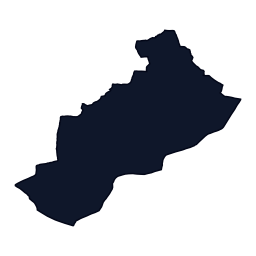 Singida, Singida, United Republic of Tanzania (Equal Earth projection), rotated 90°
{"feature_id": "72390352B6504298719524", "entity_name": "Singida", "entity_type": "district", "adm_level": 2, "iso_a3": "TZA", "parent_name": "United Republic of Tanzania", "parent_adm1": "Singida", "projection": "equal_earth", "projection_center": [34.874, -4.722], "detail": "fine", "context": "isolated", "style": "filled", "palette": "ink", "viewbox_px": 256, "rotation_deg": 90, "n_neighbors": 0, "source": "geoboundaries", "source_scale": "gbopen_adm2", "svg_char_len": 5565}
<svg xmlns="http://www.w3.org/2000/svg" viewBox="0 0 256 256"><g transform="rotate(90 128 128)"><path d="M225.7,182.9L225.3,182.4L223.6,181.7L222.1,180.6L220.9,180.1L219.7,177.7L218.7,176.0L217.7,173.8L216.7,171.3L215.7,168.9L214.6,166.6L213.6,164.3L212.5,161.1L210.6,157.0L206.8,154.5L205.2,153.9L202.3,152.9L200.0,151.3L198.7,150.1L197.2,149.1L193.6,146.5L191.1,145.1L189.1,143.9L187.3,143.4L185.2,143.5L183.4,143.6L181.7,142.5L180.2,142.0L178.3,140.8L177.3,139.7L176.3,138.4L175.8,137.0L175.4,135.5L174.9,134.0L174.0,130.7L173.9,129.5L173.7,127.9L173.6,126.2L173.5,123.0L173.8,120.9L174.0,118.8L174.3,113.1L174.3,111.4L173.4,108.0L172.7,104.7L171.3,101.0L170.6,98.3L170.1,96.6L169.9,95.6L169.6,94.7L167.3,94.3L165.1,93.7L163.4,93.8L162.6,93.6L159.7,93.1L157.0,91.7L155.2,90.3L154.4,88.5L153.6,86.0L152.4,82.4L151.7,80.2L149.8,73.3L148.5,69.9L147.3,65.7L146.2,63.2L145.7,61.8L145.2,61.4L144.4,59.6L141.8,57.0L139.4,54.4L136.2,51.0L134.5,48.8L133.7,47.4L133.3,45.9L132.0,42.7L131.8,42.2L131.6,41.6L130.9,39.3L130.1,37.2L129.4,35.9L129.1,35.1L128.5,34.1L127.6,33.1L126.9,32.5L114.3,24.7L109.4,21.4L107.6,20.4L105.2,19.0L103.0,17.5L102.9,17.4L102.7,17.2L99.7,15.4L99.2,15.4L99.0,16.7L98.6,19.2L98.3,21.2L97.5,24.1L97.0,26.7L96.6,29.3L96.5,31.3L94.6,33.8L93.2,35.4L93.0,35.8L92.8,35.8L92.0,35.3L90.8,34.6L89.9,34.5L89.1,34.2L87.8,34.0L86.6,33.8L85.7,33.3L85.1,33.2L84.4,34.5L83.4,35.9L82.6,37.8L81.4,39.7L80.1,41.7L77.6,45.0L76.6,46.0L75.8,46.9L75.6,48.0L75.7,49.1L75.7,50.4L75.5,52.4L75.2,52.7L75.0,52.3L75.0,51.9L74.6,52.2L74.2,52.0L73.5,52.1L73.0,52.4L72.0,52.0L71.4,52.0L70.9,52.3L70.4,52.8L70.2,53.8L69.9,55.0L69.2,56.1L68.4,56.8L67.2,57.9L66.7,58.6L66.0,59.9L62.8,63.1L61.5,64.1L60.2,64.5L59.6,64.0L58.6,63.6L57.4,63.2L56.6,63.7L56.0,64.1L55.7,64.5L55.4,65.1L54.9,65.3L54.4,65.1L53.7,65.3L52.8,65.8L51.8,65.8L50.8,66.1L50.1,66.2L49.7,66.7L49.3,67.5L49.0,68.8L48.5,69.5L47.7,70.2L46.9,71.3L46.7,72.7L46.6,75.9L44.3,76.7L42.9,77.3L41.0,77.7L38.4,78.6L37.1,79.2L34.7,80.0L34.1,80.5L33.0,81.0L32.8,81.0L31.8,81.3L30.8,82.0L30.7,82.5L30.7,82.9L30.6,83.2L30.6,83.6L30.6,83.8L30.7,85.1L30.7,85.6L30.8,85.9L30.7,86.2L30.8,86.8L30.7,87.2L30.8,87.4L30.7,87.8L30.6,89.2L30.5,89.8L30.3,91.2L31.0,91.5L31.8,92.1L32.3,92.7L32.6,93.2L33.1,93.7L33.8,94.6L34.4,95.6L34.3,95.9L34.3,96.3L34.6,96.7L34.6,97.0L35.0,97.2L35.2,97.6L35.2,98.2L35.4,98.3L35.7,98.6L35.8,98.5L36.0,98.6L36.1,99.0L36.4,99.2L36.5,99.3L36.4,99.7L36.6,100.3L36.8,100.3L37.0,100.2L37.2,100.5L37.4,100.5L37.5,100.2L37.8,100.4L37.7,101.0L37.8,101.1L37.9,102.4L37.7,103.3L38.3,104.8L39.0,106.2L39.5,106.8L40.1,107.8L40.3,107.9L40.4,108.3L40.6,109.7L40.3,110.4L40.3,110.5L40.5,111.4L40.6,113.3L40.8,114.8L41.1,116.1L41.0,117.4L41.0,118.5L41.2,119.1L43.2,119.6L44.6,120.0L46.3,120.2L46.6,120.3L47.1,120.3L47.9,120.1L48.2,119.9L48.5,119.8L49.6,118.9L50.3,118.5L50.8,118.3L51.5,118.2L52.5,117.7L53.4,117.3L54.9,116.3L56.4,115.2L57.1,114.9L57.0,113.7L56.7,111.0L56.7,108.5L56.8,108.5L56.8,108.3L58.0,107.9L59.1,107.7L60.3,107.2L61.6,106.8L62.6,106.5L63.2,106.4L63.8,106.2L65.8,108.2L66.5,109.0L67.4,109.4L68.1,109.5L68.6,109.4L69.5,109.5L71.1,109.4L71.5,109.3L71.5,109.6L71.5,111.0L71.4,112.3L71.3,114.1L71.3,117.7L71.1,119.6L71.2,121.4L72.5,122.0L73.2,122.2L75.1,122.5L75.6,122.9L76.7,123.3L77.3,123.7L77.9,123.8L78.0,123.8L78.6,123.9L79.7,124.4L80.8,124.6L81.2,124.8L81.5,124.8L82.7,125.6L83.0,126.1L83.8,127.1L84.4,128.6L84.4,129.1L84.3,131.9L84.4,133.5L84.9,134.5L84.5,136.4L84.3,137.7L84.1,138.7L84.3,139.5L84.4,140.4L84.4,141.6L84.1,143.1L85.0,143.6L87.0,143.7L88.1,144.4L88.8,145.2L89.4,146.3L90.4,145.4L91.3,146.2L91.9,147.7L92.5,148.7L93.3,149.8L94.1,150.4L95.0,150.7L95.7,150.8L96.2,152.8L96.5,154.6L97.3,154.9L98.3,155.2L99.1,155.7L99.5,156.2L100.4,157.2L100.9,157.9L101.4,158.7L101.8,159.6L102.0,160.7L102.2,161.0L103.0,162.5L103.4,162.8L103.6,163.0L104.2,163.2L104.8,164.2L105.3,166.9L105.9,168.3L105.0,170.5L103.8,172.2L103.8,173.5L104.6,173.5L106.3,174.2L108.1,174.6L108.7,174.2L109.2,173.5L109.6,173.3L110.0,173.2L110.5,173.2L111.9,173.9L112.5,174.2L113.3,174.2L114.3,175.0L114.7,175.5L116.6,178.1L116.9,179.8L116.8,181.5L116.8,182.7L116.5,184.1L116.2,185.6L116.3,185.9L116.1,187.9L116.1,189.0L116.2,190.5L116.4,191.5L116.4,192.6L116.3,193.7L116.6,194.5L116.7,195.1L117.1,195.3L117.6,195.5L119.1,195.5L119.8,195.5L120.8,195.8L121.7,195.9L123.2,196.3L124.6,196.3L125.7,196.6L126.7,196.7L127.4,196.9L127.9,197.1L128.9,197.3L129.2,197.5L131.0,198.0L131.7,198.0L133.3,198.5L134.4,198.7L137.3,198.6L138.4,198.8L138.9,198.8L139.8,198.7L140.7,198.7L141.6,199.0L143.0,199.1L143.8,199.1L145.0,198.9L145.9,199.1L146.5,199.1L147.6,199.2L148.8,199.6L149.7,199.3L150.9,199.1L151.9,199.1L155.0,198.8L156.3,198.6L156.9,198.4L157.8,198.3L158.6,198.3L160.1,197.9L160.7,198.3L161.0,198.8L161.3,200.0L161.3,200.3L161.6,201.7L161.8,202.4L162.3,203.7L162.4,204.0L162.5,204.6L162.6,205.8L163.1,207.2L163.1,208.1L163.7,209.9L163.9,211.3L164.0,212.4L164.4,215.5L164.6,216.4L164.8,216.8L165.0,217.1L165.3,218.1L165.3,218.7L165.7,219.4L166.2,219.7L166.7,219.7L167.0,219.7L167.9,219.7L168.9,219.6L169.9,219.5L173.2,219.9L174.6,220.2L175.8,221.7L176.1,222.3L176.7,223.5L176.9,224.2L178.6,227.8L180.4,232.2L181.8,235.2L183.4,238.3L183.9,239.1L184.1,239.6L184.9,240.6L185.7,240.6L186.9,238.9L188.4,236.1L190.7,233.2L192.6,231.0L193.7,229.3L195.4,227.8L196.4,226.6L197.8,226.6L198.8,226.3L199.7,225.2L200.9,223.8L202.2,222.1L203.2,221.2L205.7,219.8L207.5,219.0L208.9,218.7L209.9,218.7L211.8,215.7L216.1,208.6L219.8,200.8L220.9,197.8L223.3,190.8L224.2,187.8L225.7,182.9Z" fill="#0f172a" stroke="#020617" stroke-width="1.5"/></g></svg>